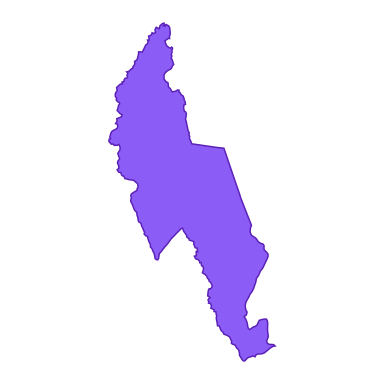 outline of Vila Boa, Goiás, Brazil
{"feature_id": "56859067B63522642700520", "entity_name": "Vila Boa", "entity_type": "district", "adm_level": 2, "iso_a3": "BRA", "parent_name": "Brazil", "parent_adm1": "Goiás", "projection": "robinson", "projection_center": [-47.073, -14.994], "detail": "fine", "context": "isolated", "style": "filled", "palette": "violet", "viewbox_px": 384, "rotation_deg": 0, "n_neighbors": 0, "source": "geoboundaries", "source_scale": "gbopen_adm2", "svg_char_len": 4752}
<svg xmlns="http://www.w3.org/2000/svg" viewBox="0 0 384 384"><path d="M251.5,225.4L240.7,197.9L240.0,195.3L235.8,183.2L227.6,159.1L223.9,148.2L216.5,147.4L191.7,143.8L190.8,141.2L189.4,138.3L189.7,136.3L188.9,135.0L189.3,133.1L188.0,130.3L187.5,127.7L186.7,124.1L186.5,122.4L185.5,119.0L186.0,116.9L186.2,115.3L186.4,113.6L185.7,112.0L184.5,111.2L183.7,109.0L183.8,105.1L185.5,104.4L185.2,101.9L184.4,100.4L183.9,98.1L183.1,96.0L181.1,94.7L180.1,92.6L178.8,91.9L179.1,90.2L177.5,90.0L175.1,91.4L172.1,91.8L171.3,90.4L170.4,88.8L168.5,86.9L168.2,83.9L167.8,82.4L166.2,81.9L165.3,80.7L164.1,79.2L164.0,75.2L165.0,73.1L166.8,71.3L168.9,69.9L170.3,69.4L171.5,68.2L172.4,66.0L173.7,64.5L173.0,62.4L172.2,59.7L171.2,58.5L171.9,56.0L171.2,54.6L172.0,52.4L172.0,50.3L172.6,48.1L171.6,47.1L170.4,48.2L168.9,47.5L166.6,45.6L165.6,43.2L164.9,40.9L166.3,39.9L168.2,38.5L169.6,38.6L169.4,36.5L170.2,34.4L170.2,32.1L169.9,30.0L169.8,28.0L168.7,25.9L166.3,24.6L164.9,26.2L163.4,25.8L164.7,24.6L163.9,23.0L162.1,23.8L160.1,25.5L159.3,28.6L156.2,27.3L155.2,29.1L155.1,30.8L155.5,32.5L153.6,33.5L152.1,32.7L151.6,34.5L150.1,35.6L148.6,36.1L149.0,38.3L149.0,40.1L147.5,40.1L148.1,41.8L147.4,43.7L145.7,45.0L144.7,47.2L143.7,49.2L142.9,51.0L142.1,52.2L140.3,51.8L138.6,51.8L138.6,53.5L138.2,55.4L137.2,59.3L135.8,60.8L134.6,61.3L134.8,63.1L134.5,64.7L132.9,66.8L132.8,68.3L131.2,69.0L128.6,71.5L126.7,71.8L127.9,73.3L126.9,75.2L127.6,77.1L126.5,78.2L125.2,78.2L124.2,79.6L123.8,81.6L122.0,82.0L122.4,83.9L120.5,84.0L117.9,86.3L116.6,87.5L116.9,89.4L117.1,91.0L115.8,92.5L115.2,94.5L115.4,96.7L116.7,98.2L116.2,99.9L117.5,101.7L119.2,102.4L119.7,103.9L118.6,105.2L118.0,107.9L117.1,110.4L120.2,113.8L122.0,114.7L121.6,116.6L118.9,117.9L116.8,118.6L117.0,121.4L115.6,123.6L117.4,124.2L117.7,126.3L117.3,128.1L115.7,129.3L113.1,130.5L111.6,131.7L110.8,133.4L110.2,135.6L109.8,137.2L110.6,138.6L109.1,139.3L108.9,141.5L111.3,144.2L112.9,144.0L114.2,145.3L117.2,145.3L119.0,144.5L120.1,147.3L120.0,149.8L118.5,152.2L117.8,153.4L118.5,155.8L119.7,158.6L118.8,160.0L117.6,161.5L117.6,163.6L118.6,165.3L118.8,168.3L117.1,169.8L118.8,172.3L120.9,172.6L121.4,174.7L122.3,175.8L123.7,176.0L125.0,178.7L126.4,178.8L128.3,179.5L133.7,180.3L135.2,181.7L137.5,183.6L138.2,186.9L137.1,188.8L136.9,190.4L133.4,192.5L131.4,193.9L130.8,195.6L131.3,197.6L130.8,200.0L130.8,201.7L131.8,203.3L133.3,207.0L134.1,209.2L135.0,210.7L136.7,212.3L137.0,215.1L137.8,217.4L138.2,220.4L138.8,221.9L140.1,222.6L141.3,224.0L141.4,225.5L142.7,228.0L143.7,230.7L144.7,232.3L144.1,233.9L145.5,235.6L147.4,236.5L148.5,240.5L149.2,242.1L150.4,244.8L150.4,246.9L152.1,248.9L152.7,250.8L154.1,253.4L154.7,256.0L155.1,258.5L156.2,259.6L157.8,259.8L158.6,258.5L159.3,253.7L161.1,251.8L163.4,248.7L165.8,245.8L167.2,244.3L171.4,238.5L174.4,235.6L176.4,233.4L181.1,228.7L182.6,228.2L183.6,231.1L185.3,233.5L186.5,235.2L187.0,237.4L188.8,238.4L189.3,240.1L191.2,240.7L192.6,241.1L193.8,241.7L193.8,244.2L194.5,245.9L195.1,247.7L197.4,248.3L197.2,250.2L197.8,251.7L196.2,251.6L196.3,255.7L194.3,256.2L195.8,258.9L197.7,259.5L199.3,260.7L199.8,262.8L201.1,262.6L201.5,265.7L203.1,266.5L203.5,269.5L202.4,272.7L203.6,273.7L205.1,274.4L206.8,276.3L207.5,278.3L208.8,279.5L209.1,281.2L210.5,282.3L211.3,283.6L212.3,286.3L210.8,288.7L209.1,288.8L208.3,290.5L208.0,293.1L207.7,295.9L209.0,296.7L210.1,297.7L208.8,298.6L208.0,300.0L208.7,301.6L208.5,303.1L210.5,303.5L211.4,305.9L210.9,308.3L213.1,309.1L214.2,310.0L214.0,311.5L216.0,311.9L216.1,314.1L216.7,315.6L216.3,317.5L216.4,319.5L216.9,321.6L217.2,323.3L217.5,325.8L219.2,325.8L219.9,327.5L220.5,329.3L221.2,330.6L223.4,332.7L223.8,334.1L227.1,335.4L229.5,336.8L231.6,341.1L231.4,343.4L232.9,344.3L235.0,345.0L236.8,348.1L238.3,349.5L239.1,351.4L239.5,353.8L239.5,355.5L240.5,356.8L241.4,358.5L242.9,360.6L244.7,361.0L246.6,358.9L248.2,357.5L251.2,356.6L252.9,355.9L255.0,356.8L255.8,355.1L257.7,354.0L259.1,354.0L261.9,353.8L264.0,353.1L266.0,351.6L268.5,349.5L270.7,347.7L273.2,346.3L275.1,346.0L273.6,344.6L269.6,344.4L267.5,343.5L266.7,341.8L267.0,340.0L268.3,336.6L267.5,330.1L267.7,323.1L267.3,320.6L266.4,319.1L264.4,319.1L262.0,319.5L259.3,320.3L258.2,322.5L257.2,324.8L255.3,326.4L253.8,326.8L252.5,327.5L251.0,328.6L249.7,329.6L248.4,328.5L247.7,326.4L247.3,323.4L246.1,319.7L244.1,316.6L246.3,315.1L247.1,312.1L246.1,310.4L245.6,308.7L245.2,306.2L245.6,303.3L246.7,300.6L248.6,297.4L250.0,294.3L251.7,292.1L253.3,289.2L255.7,282.4L256.5,278.2L258.3,275.9L260.6,270.7L261.7,269.6L263.0,267.6L267.1,258.9L268.1,256.2L268.0,254.2L266.7,252.3L264.3,250.0L263.9,248.1L264.1,245.9L263.2,244.2L259.8,242.9L258.2,241.6L256.4,238.8L254.7,237.3L252.3,236.0L250.8,234.1L250.1,231.5L250.5,227.8L251.5,225.4Z" fill="#8b5cf6" stroke="#5b21b6" stroke-width="1.5"/></svg>